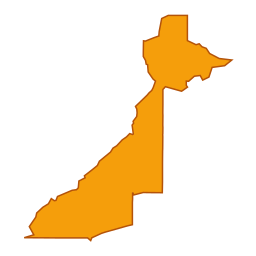 outline of Fulton, Georgia, United States of America
{"feature_id": "52423323B90883845014784", "entity_name": "Fulton", "entity_type": "district", "adm_level": 2, "iso_a3": "USA", "parent_name": "United States of America", "parent_adm1": "Georgia", "projection": "robinson", "projection_center": [-84.433, 33.844], "detail": "fine", "context": "isolated", "style": "filled", "palette": "amber", "viewbox_px": 256, "rotation_deg": 0, "n_neighbors": 0, "source": "geoboundaries", "source_scale": "gbopen_adm2", "svg_char_len": 1464}
<svg xmlns="http://www.w3.org/2000/svg" viewBox="0 0 256 256"><path d="M187.4,15.4L181.0,15.4L168.3,15.4L161.7,18.5L159.2,31.5L158.8,36.0L154.2,37.6L145.4,41.1L143.5,40.8L143.4,45.6L143.3,52.5L143.3,56.5L145.5,60.4L146.2,64.2L147.6,64.7L148.2,72.0L153.1,79.1L155.5,81.1L153.2,87.6L151.7,90.5L149.1,92.8L147.1,95.2L135.5,106.4L136.8,109.1L137.1,112.9L136.7,116.5L135.6,118.0L133.1,121.3L133.6,123.2L132.1,125.1L133.3,133.8L133.2,134.1L132.6,134.5L129.7,133.6L126.5,136.9L122.3,139.8L116.7,145.8L113.0,148.1L110.5,152.1L99.4,161.2L97.4,165.5L92.0,169.9L84.4,175.8L85.1,177.8L78.9,181.0L78.3,187.8L76.5,189.7L72.1,190.3L57.5,196.5L56.0,200.4L54.3,200.7L51.3,198.6L48.4,203.8L42.8,207.3L36.7,213.0L35.8,217.1L29.3,226.6L33.8,234.8L24.2,237.7L57.4,237.9L60.0,237.9L87.6,237.9L90.7,240.6L91.8,237.8L101.6,233.3L105.3,232.1L125.5,226.4L128.1,225.7L132.4,224.7L132.4,210.3L132.4,202.3L132.6,198.9L132.6,192.5L133.9,194.9L143.2,192.5L148.7,192.6L162.3,192.7L162.5,182.0L162.5,162.7L162.6,151.2L162.7,148.6L162.7,148.2L162.8,136.9L162.7,134.3L162.8,133.9L162.9,127.7L162.8,125.3L162.8,124.8L162.8,123.7L162.9,115.6L162.8,112.7L162.9,104.7L162.9,97.1L162.9,89.5L165.4,86.7L181.5,91.2L182.4,90.7L187.5,87.1L186.3,85.4L186.3,81.1L188.6,81.3L194.4,76.2L194.5,76.2L200.2,75.5L202.7,80.1L208.9,77.1L212.1,67.4L224.7,65.7L231.8,60.0L219.2,58.5L209.6,53.5L206.2,48.3L202.0,46.8L199.2,43.8L196.0,44.7L187.4,40.6L187.4,15.4Z" fill="#f59e0b" stroke="#b45309" stroke-width="1.5"/></svg>